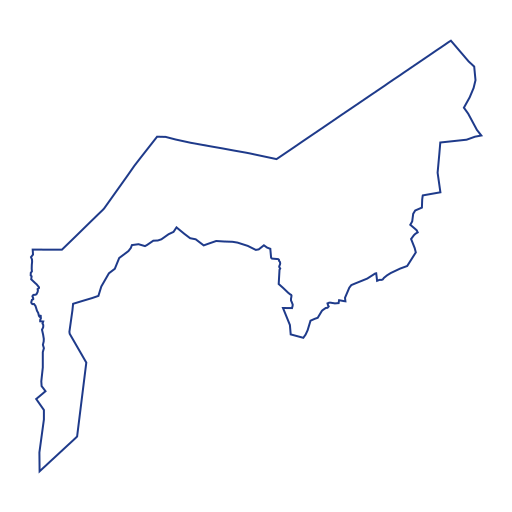 outline of Jibia, Katsina, Nigeria
{"feature_id": "59680162B54988677972163", "entity_name": "Jibia", "entity_type": "district", "adm_level": 2, "iso_a3": "NGA", "parent_name": "Nigeria", "parent_adm1": "Katsina", "projection": "natural_earth1", "projection_center": [7.313, 12.988], "detail": "fine", "context": "isolated", "style": "outline", "palette": "blue", "viewbox_px": 512, "rotation_deg": 0, "n_neighbors": 0, "source": "geoboundaries", "source_scale": "gbopen_adm2", "svg_char_len": 3079}
<svg xmlns="http://www.w3.org/2000/svg" viewBox="0 0 512 512"><path d="M39.6,471.3L75.7,437.9L77.1,436.5L86.3,362.6L69.7,333.8L69.4,331.8L72.4,310.5L73.1,303.8L82.9,300.8L92.0,298.1L98.4,295.9L101.3,286.5L108.9,273.3L114.8,268.8L119.2,258.0L128.4,251.1L130.8,248.0L131.9,245.1L137.8,244.3L138.5,244.2L145.0,246.1L147.0,245.0L153.3,240.7L157.8,240.5L161.4,239.3L162.1,238.8L164.1,237.4L168.6,234.2L173.5,231.9L176.5,227.4L184.3,233.8L190.1,238.2L195.7,239.3L203.7,245.4L208.4,243.7L216.2,241.0L224.1,241.5L232.6,241.8L237.5,242.6L247.8,245.9L255.8,249.9L258.7,249.4L263.9,245.3L267.1,247.6L270.3,248.8L271.1,257.7L272.0,258.6L278.1,259.1L278.9,259.7L279.1,260.9L279.9,261.9L280.2,263.2L280.0,264.4L279.5,265.6L279.2,266.5L279.4,267.4L280.2,268.5L279.5,269.8L278.7,284.0L283.1,287.9L288.1,292.7L290.1,294.3L291.2,294.9L291.5,295.6L291.3,297.2L291.0,298.7L291.0,300.5L291.7,302.0L292.7,304.6L292.6,305.9L292.0,308.1L283.0,308.0L289.9,325.0L290.7,334.4L303.3,337.8L305.6,334.6L307.6,330.3L310.5,320.7L314.8,318.8L317.7,317.8L319.7,314.5L321.6,311.3L322.1,310.6L323.0,309.9L325.7,308.0L327.4,307.8L327.8,307.5L328.3,306.9L328.7,306.4L328.1,305.4L327.5,303.4L329.1,302.7L330.9,302.7L332.3,303.0L333.9,303.2L334.8,303.4L336.1,303.3L338.6,303.1L339.1,300.2L343.9,301.1L345.4,301.3L345.0,297.8L349.3,287.7L351.3,285.1L355.1,283.5L367.2,278.6L375.2,273.5L376.2,273.3L377.1,280.8L379.3,279.9L381.6,279.9L382.8,279.4L383.9,277.9L387.1,275.3L390.8,273.0L400.1,268.6L407.2,266.0L415.8,252.4L414.7,248.1L411.1,239.0L413.9,235.2L415.5,233.7L417.7,232.4L416.7,230.3L414.8,228.6L410.3,224.8L412.2,221.4L413.2,213.8L415.2,210.5L421.9,207.6L422.2,199.5L422.7,195.7L422.8,195.4L440.4,192.3L437.6,172.7L439.3,154.2L440.3,142.5L466.6,139.7L475.0,136.7L481.3,135.5L476.9,129.9L468.2,113.7L463.9,107.7L469.7,97.3L473.6,88.0L475.5,80.2L474.2,66.6L468.6,61.4L450.9,40.7L448.6,42.1L441.5,47.0L436.1,50.6L425.0,58.2L403.8,72.6L399.8,75.4L394.2,79.1L388.6,82.9L384.8,85.6L380.5,88.5L371.3,94.7L361.6,101.3L354.1,106.4L340.6,115.5L331.0,122.1L327.2,124.7L301.4,142.2L294.0,147.3L280.7,156.3L278.5,157.8L276.5,159.1L253.9,154.3L253.5,154.2L250.3,153.5L246.2,152.7L233.7,150.5L222.4,148.4L212.0,146.6L190.8,142.8L175.6,139.5L165.6,136.9L157.1,136.7L140.7,157.6L134.5,165.6L127.8,175.2L104.1,208.5L102.6,210.1L97.7,214.8L90.5,221.8L75.0,237.0L61.9,249.7L32.7,249.6L33.0,254.6L31.0,257.1L32.0,259.5L32.1,261.8L31.8,264.9L31.7,268.7L31.9,271.4L30.8,272.8L30.7,275.4L31.6,276.3L31.2,279.3L35.1,283.0L36.6,284.3L38.4,286.5L39.0,287.3L39.0,288.0L38.3,288.6L37.6,289.1L37.9,290.7L37.5,292.2L36.4,294.3L35.1,294.8L33.4,294.9L32.4,296.2L33.2,298.2L33.2,299.2L31.9,299.9L31.2,302.3L31.7,303.5L32.5,304.1L34.0,304.0L35.5,306.0L36.2,308.2L37.0,310.8L38.2,312.9L38.9,315.8L39.4,316.5L40.1,315.7L40.7,315.8L40.9,318.4L40.2,319.8L40.2,321.3L43.2,321.5L42.5,323.6L43.1,324.4L43.3,325.9L43.1,327.5L42.0,329.7L43.1,334.6L43.8,338.9L43.7,341.4L42.9,344.8L43.9,348.2L42.8,352.1L42.8,367.5L41.3,381.3L41.6,386.1L45.5,391.2L36.2,399.0L43.9,410.0L43.9,419.5L39.4,452.4L39.6,471.3Z" fill="none" stroke="#1e3a8a" stroke-width="2"/></svg>